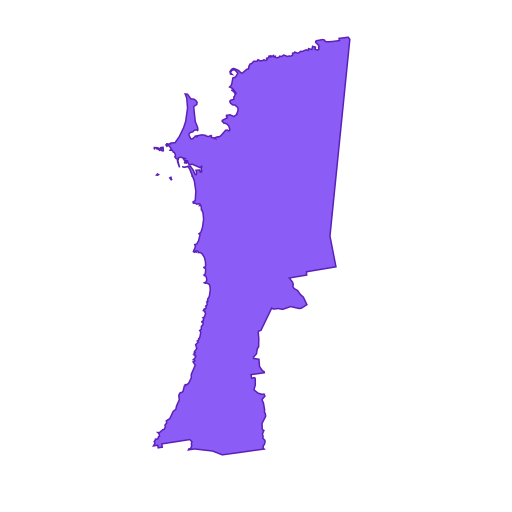 Wollongong, New South Wales, Australia, rotated 162°
{"feature_id": "25037944B78024073086928", "entity_name": "Wollongong", "entity_type": "district", "adm_level": 2, "iso_a3": "AUS", "parent_name": "Australia", "parent_adm1": "New South Wales", "projection": "albers", "projection_center": [150.898, -34.342], "detail": "fine", "context": "isolated", "style": "filled", "palette": "violet", "viewbox_px": 512, "rotation_deg": 162, "n_neighbors": 0, "source": "geoboundaries", "source_scale": "gbopen_adm2", "svg_char_len": 6152}
<svg xmlns="http://www.w3.org/2000/svg" viewBox="0 0 512 512"><g transform="rotate(162 256 256)"><path d="M291.0,122.2L293.1,122.6L296.6,125.1L299.3,129.4L296.6,133.4L294.6,139.5L294.9,140.7L297.9,141.2L297.4,144.7L284.2,142.4L284.0,143.3L285.4,145.1L286.8,149.8L285.1,156.9L289.9,159.3L289.6,160.6L285.8,162.8L283.5,167.3L281.5,168.9L278.8,176.8L277.4,183.0L276.3,183.8L274.2,183.8L257.2,201.6L255.8,200.1L251.2,199.2L247.1,197.0L238.7,197.2L231.2,192.7L229.0,192.3L222.6,194.0L223.7,202.3L225.8,205.9L227.1,210.3L229.8,213.3L230.2,214.8L230.4,215.6L229.4,217.3L229.3,219.7L231.1,224.8L213.7,222.2L212.9,225.4L183.3,221.0L179.5,252.1L99.8,433.1L100.7,435.6L109.8,437.3L110.1,435.1L117.5,436.5L122.5,437.8L124.0,439.0L124.1,440.2L125.9,441.3L131.5,442.0L132.8,441.8L133.3,440.8L131.5,437.3L131.2,435.6L132.0,435.3L132.3,433.4L133.5,432.8L136.0,434.3L134.9,436.3L137.4,437.9L139.1,435.1L141.9,437.0L142.9,435.4L144.7,436.6L148.8,436.2L150.4,436.9L152.3,436.0L153.9,436.1L156.1,438.0L157.0,437.3L158.5,437.6L159.2,435.7L161.3,435.3L162.6,436.0L164.3,436.0L167.6,438.6L169.9,437.8L171.7,438.7L172.1,438.1L174.7,438.0L176.5,439.3L176.1,439.9L177.4,439.9L177.3,441.3L180.0,440.7L179.7,441.5L180.6,442.1L181.1,441.7L182.1,442.0L182.2,441.1L182.9,440.7L184.8,440.8L184.8,439.4L186.4,438.9L187.8,440.2L189.1,439.8L191.8,440.3L193.4,442.1L194.9,440.9L198.0,441.9L200.7,440.4L202.4,440.4L204.2,438.6L205.3,436.3L207.3,436.4L212.2,434.3L213.5,434.6L215.3,437.9L218.6,440.8L219.7,441.4L221.7,441.0L223.8,439.4L224.0,436.9L222.7,436.2L223.5,437.7L223.2,438.9L221.2,440.1L219.7,440.0L218.6,439.4L216.8,435.5L220.1,432.5L223.0,432.5L225.7,427.5L227.0,425.8L228.9,424.9L226.5,422.5L224.6,416.9L224.9,416.7L226.2,419.2L227.8,421.3L228.2,421.5L226.5,419.4L225.6,416.7L226.9,414.7L227.9,414.2L228.7,411.9L231.9,412.0L233.1,411.3L233.1,409.5L231.6,407.0L229.4,406.1L227.5,402.9L227.6,401.3L228.8,399.1L230.1,397.5L230.8,397.3L230.2,397.2L230.2,396.7L233.9,395.5L237.1,398.3L240.6,398.9L241.0,397.9L240.4,396.9L240.9,396.2L246.0,395.5L246.6,394.8L245.2,391.7L245.4,392.7L242.6,390.1L241.7,387.8L241.9,383.9L242.9,383.5L242.5,382.8L244.5,384.7L246.0,385.0L252.4,381.2L254.8,380.6L255.2,381.2L257.3,381.3L258.1,381.0L258.1,380.5L258.4,381.0L259.0,380.6L259.0,381.1L261.5,382.2L261.8,382.9L261.2,383.9L261.5,384.5L264.3,384.3L266.4,385.5L266.5,386.2L270.1,388.0L275.6,388.6L275.2,388.2L275.3,387.8L276.4,388.7L280.2,387.1L281.8,387.5L282.4,391.7L281.9,392.9L280.0,393.8L277.7,393.6L276.1,394.6L273.3,394.4L272.9,393.7L273.5,393.1L272.3,393.8L271.8,396.2L272.2,402.7L269.3,416.5L268.7,417.5L265.5,418.4L264.5,420.4L265.1,422.4L266.5,424.3L269.4,425.6L271.1,431.0L273.3,432.0L273.1,427.4L275.5,417.6L281.3,405.8L285.2,400.4L292.0,393.3L297.9,388.8L302.0,389.7L302.9,389.6L302.9,389.0L304.4,389.4L305.1,389.0L305.2,389.8L306.2,390.3L306.6,389.4L307.3,389.4L306.9,387.9L305.3,388.2L304.3,387.0L303.5,384.1L305.0,383.1L302.8,382.2L302.6,380.4L301.7,379.6L301.4,378.2L301.6,376.1L302.6,375.4L301.9,373.4L300.9,372.7L301.5,369.6L301.3,363.9L300.8,372.2L300.3,372.6L299.9,372.1L299.4,373.3L297.2,373.3L293.5,370.8L295.0,370.7L294.3,368.3L293.1,368.6L292.2,368.0L295.0,367.1L294.8,366.3L292.0,367.2L291.9,366.9L292.7,366.7L293.3,365.8L292.8,365.4L293.2,365.9L292.7,366.6L291.8,366.4L291.5,363.9L289.9,363.1L288.4,363.1L282.0,357.4L280.0,358.1L279.9,357.7L281.0,356.5L281.5,353.3L282.6,353.9L282.6,352.9L283.1,352.9L283.1,355.2L286.6,356.1L286.7,353.3L287.8,351.8L288.7,352.4L289.1,356.9L290.6,361.5L291.9,362.3L296.8,362.6L298.6,363.9L296.9,362.5L293.1,362.1L292.2,359.1L291.8,351.9L292.8,351.8L291.8,351.6L291.4,346.8L293.2,336.2L296.7,327.5L299.2,326.9L299.3,325.7L297.1,324.7L296.5,323.7L293.5,323.0L293.1,321.9L293.9,321.4L292.9,321.2L292.9,319.7L293.7,316.7L293.1,316.2L293.3,314.9L293.0,313.8L294.5,307.1L298.1,299.7L301.3,295.4L303.4,294.8L302.7,293.8L303.0,292.9L306.0,288.2L308.6,285.8L310.8,285.7L310.7,283.6L314.2,279.6L313.5,278.6L312.8,278.9L312.0,278.4L312.3,279.0L311.4,279.5L309.8,278.6L309.4,276.9L308.0,276.5L306.7,275.1L305.5,270.6L305.9,266.0L306.9,262.4L307.5,261.4L309.1,261.3L309.1,260.8L307.9,259.9L308.2,258.2L310.0,254.4L311.4,254.0L310.9,253.0L309.8,252.2L310.1,248.5L311.7,246.6L313.4,246.5L312.5,245.6L311.3,245.6L309.2,243.4L309.2,241.1L310.0,237.8L312.9,232.0L315.1,230.1L315.9,228.6L315.8,227.7L316.8,227.5L316.5,227.2L317.2,226.5L317.3,224.8L319.4,223.9L319.0,222.8L319.9,221.8L320.8,221.2L321.5,221.7L323.0,220.3L321.6,219.1L322.0,218.5L321.7,217.0L323.8,214.1L325.6,213.7L324.9,212.7L325.8,211.8L325.9,210.8L327.8,210.4L327.8,209.7L326.9,209.1L327.6,207.2L329.7,206.0L330.7,203.2L332.6,202.5L332.2,201.6L332.3,200.2L334.1,196.8L335.3,195.3L336.1,195.1L336.1,194.1L338.1,193.3L337.6,192.7L337.9,191.7L340.8,190.4L340.9,186.3L344.1,184.1L343.7,182.8L345.0,182.7L344.7,181.5L344.9,180.8L345.3,180.9L344.2,179.5L344.9,179.1L345.2,178.0L347.6,176.8L346.9,176.5L346.5,175.1L348.6,174.7L347.5,171.0L354.1,163.5L355.2,160.1L359.2,156.0L361.2,155.1L363.0,155.5L362.9,154.6L364.3,154.5L367.3,149.8L368.7,149.2L370.3,149.4L372.0,148.0L372.6,146.9L373.4,142.9L377.9,138.0L379.6,135.0L382.8,133.8L388.2,128.0L392.2,127.0L392.7,124.5L394.5,123.7L395.0,122.8L394.9,121.7L396.8,119.5L398.4,119.6L402.4,117.9L403.9,118.4L403.1,117.0L403.5,114.3L404.6,114.2L405.9,112.4L408.3,112.9L408.8,111.8L410.1,111.1L410.0,109.0L412.2,107.1L408.0,106.4L408.3,103.8L404.2,103.1L403.7,106.4L375.7,101.9L374.4,99.1L375.6,97.2L375.6,95.8L377.9,92.7L379.2,93.4L380.2,92.5L374.1,91.5L357.7,84.0L349.5,77.3L307.9,69.9L308.5,71.0L308.0,72.9L306.0,74.5L304.6,77.0L304.6,78.1L305.8,80.7L305.0,82.1L304.9,84.7L302.4,87.7L303.3,88.6L303.5,89.6L302.0,94.9L296.4,100.5L295.9,102.4L296.1,105.4L295.3,107.2L294.3,114.4L294.7,116.1L294.4,117.8L290.8,120.0L291.0,122.2ZM312.5,387.7L313.1,387.9L313.1,387.2L314.0,386.9L315.1,388.5L316.5,389.5L317.3,388.6L316.3,388.1L314.8,386.1L313.6,386.6L312.8,385.0L311.6,384.7L310.8,388.1L312.8,388.5L312.5,387.7ZM312.6,354.8L312.6,357.2L313.9,356.9L313.1,354.7L312.6,354.8ZM325.6,363.7L324.5,363.2L323.5,363.5L324.4,364.5L325.6,363.7ZM318.0,390.1L319.2,390.6L319.6,389.9L319.5,389.4L318.0,390.1Z" fill="#8b5cf6" stroke="#5b21b6" stroke-width="1.5"/></g></svg>